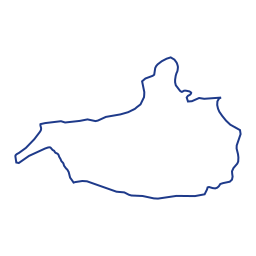 an SVG outline of Nangarhar
{"feature_id": "AFG-1764", "entity_name": "Nangarhar", "entity_type": "Province", "adm_level": 1, "iso_a3": "AFG", "parent_name": "Afghanistan", "parent_adm1": "", "projection": "robinson", "projection_center": [70.357, 34.369], "detail": "fine", "context": "isolated", "style": "outline", "palette": "blue", "viewbox_px": 256, "rotation_deg": 0, "n_neighbors": 0, "source": "natural_earth", "source_scale": "10m", "svg_char_len": 1902}
<svg xmlns="http://www.w3.org/2000/svg" viewBox="0 0 256 256"><path d="M221.0,97.6L219.0,98.5L217.4,101.4L217.2,105.0L218.0,108.6L219.3,111.7L222.2,115.9L226.0,120.6L230.3,124.7L240.0,130.1L240.6,134.1L236.7,145.5L236.6,148.5L238.0,154.2L238.4,157.5L238.2,161.5L237.3,163.6L233.5,168.0L232.0,171.3L232.2,173.9L232.6,176.6L232.0,179.6L229.8,181.7L223.1,183.1L220.3,184.0L218.8,186.3L217.2,187.7L215.2,188.4L212.7,188.1L209.0,187.0L207.6,187.4L207.0,189.5L204.6,194.3L194.9,196.1L176.4,195.9L158.0,198.6L153.9,198.4L142.6,196.0L131.5,195.5L129.0,194.8L124.3,192.4L116.5,191.7L87.0,181.3L82.3,181.0L75.1,182.1L73.6,182.6L72.6,181.1L70.1,177.6L68.7,172.1L67.3,169.6L66.1,168.5L64.1,165.8L63.4,163.5L63.1,163.0L62.7,162.5L61.7,161.5L61.4,161.1L61.1,160.5L60.6,159.2L59.2,156.8L58.6,155.1L58.2,154.4L57.7,153.9L57.1,153.5L55.5,152.8L55.2,152.5L54.9,152.1L54.4,151.3L54.2,150.9L53.8,150.6L52.6,150.0L52.4,149.7L52.0,149.3L51.0,148.1L50.4,147.5L49.4,147.3L48.0,147.5L45.1,148.5L29.0,155.9L18.8,163.0L16.3,162.5L15.4,156.5L15.5,155.4L16.0,154.8L16.8,154.1L19.0,152.9L25.9,147.9L34.3,139.2L39.8,132.0L40.8,130.4L41.1,129.0L41.1,128.1L40.5,125.8L40.4,125.1L40.4,124.5L40.5,124.1L45.1,123.1L61.0,121.2L65.1,122.5L79.8,120.9L87.5,119.4L95.5,121.1L97.8,120.6L105.9,116.9L120.4,114.4L128.1,112.2L135.0,108.8L136.7,107.3L140.5,104.4L144.0,97.2L144.2,94.9L144.3,92.1L142.1,81.3L145.4,78.5L152.7,75.8L154.2,74.7L155.2,68.1L156.1,66.2L157.6,64.4L161.8,61.2L166.6,58.7L170.7,57.4L174.4,59.6L176.6,62.6L177.1,63.8L177.7,65.8L177.9,66.8L177.9,67.6L177.6,70.1L177.3,71.4L176.4,73.4L175.7,75.8L175.1,79.7L175.1,82.3L175.8,85.3L180.1,90.9L180.8,91.4L181.8,91.9L182.4,91.7L183.8,90.8L185.0,90.6L186.6,90.8L189.4,91.4L190.6,92.1L191.2,92.8L191.0,93.5L190.6,94.1L189.9,94.8L188.0,95.8L187.2,96.8L186.7,97.6L188.0,101.5L191.9,101.2L199.1,98.0L204.2,98.8L220.8,97.6L221.0,97.6Z" fill="none" stroke="#1e3a8a" stroke-width="2"/></svg>